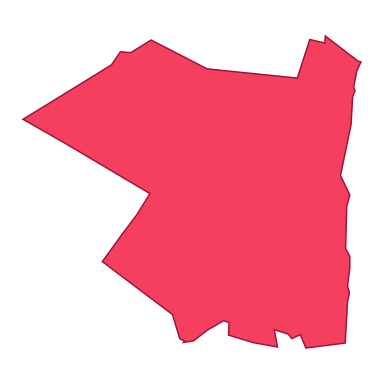 Ulster, New York, United States of America
{"feature_id": "52423323B54966547945963", "entity_name": "Ulster", "entity_type": "district", "adm_level": 2, "iso_a3": "USA", "parent_name": "United States of America", "parent_adm1": "New York", "projection": "albers", "projection_center": [-74.186, 41.879], "detail": "fine", "context": "isolated", "style": "filled", "palette": "rose", "viewbox_px": 384, "rotation_deg": 0, "n_neighbors": 0, "source": "geoboundaries", "source_scale": "gbopen_adm2", "svg_char_len": 817}
<svg xmlns="http://www.w3.org/2000/svg" viewBox="0 0 384 384"><path d="M151.1,40.0L130.8,52.6L120.4,51.8L113.6,61.7L111.5,64.8L66.3,92.7L23.0,119.3L64.4,142.9L71.7,147.2L149.9,193.6L136.9,214.6L121.8,234.7L102.3,261.6L172.5,314.6L179.8,338.8L184.4,340.9L183.3,342.5L193.6,340.8L207.7,329.9L223.5,320.8L229.1,322.5L228.5,335.1L253.6,342.7L277.5,347.0L274.3,329.7L288.3,334.1L291.7,338.6L300.3,334.7L305.9,348.0L312.4,347.2L345.2,343.0L347.5,301.8L349.3,293.8L348.9,290.5L348.0,287.8L347.6,285.8L348.5,277.8L349.8,268.3L349.7,266.6L349.8,256.3L347.6,252.1L345.6,248.5L346.7,206.6L349.8,195.0L340.5,175.5L351.0,125.0L352.7,96.3L355.0,90.9L353.7,87.3L356.8,71.0L361.0,61.9L358.0,61.1L325.3,36.0L324.9,43.1L309.8,39.5L297.3,78.1L220.9,70.3L207.0,68.8L151.1,40.0Z" fill="#f43f5e" stroke="#9f1239" stroke-width="1.5"/></svg>